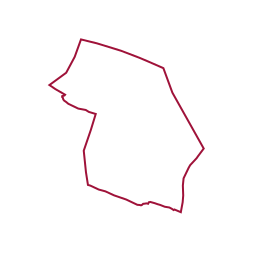 Korle Klottey Municipal, Greater Accra, Ghana (Albers equal-area conic projection), rotated 32°
{"feature_id": "2480657B35357833911053", "entity_name": "Korle Klottey Municipal", "entity_type": "district", "adm_level": 2, "iso_a3": "GHA", "parent_name": "Ghana", "parent_adm1": "Greater Accra", "projection": "albers", "projection_center": [-0.193, 5.56], "detail": "fine", "context": "isolated", "style": "outline", "palette": "rose", "viewbox_px": 256, "rotation_deg": 32, "n_neighbors": 0, "source": "geoboundaries", "source_scale": "gbopen_adm2", "svg_char_len": 914}
<svg xmlns="http://www.w3.org/2000/svg" viewBox="0 0 256 256"><g transform="rotate(32 128 128)"><path d="M146.9,74.5L126.3,58.5L109.3,61.0L100.5,62.4L81.1,66.2L56.7,72.7L41.2,77.8L45.1,95.9L46.3,113.9L38.6,133.2L45.9,133.5L57.0,133.1L56.9,134.0L56.2,134.9L55.3,135.8L55.7,136.6L56.9,137.0L58.0,138.1L59.4,138.6L61.7,138.7L64.6,139.1L75.5,137.9L82.6,135.1L86.3,135.1L93.2,133.2L97.5,149.3L102.5,170.7L115.8,187.8L124.2,197.5L126.6,196.8L135.8,195.7L142.4,193.7L151.9,192.5L164.4,189.6L173.1,188.6L176.6,188.2L178.9,187.0L180.0,186.7L180.7,185.6L181.0,184.3L182.4,183.2L183.5,182.2L184.3,181.9L185.2,181.6L185.0,180.0L186.1,178.9L190.5,177.6L193.6,176.9L196.0,176.2L200.9,175.3L205.2,173.5L208.0,173.3L210.2,173.4L210.6,172.5L217.4,171.4L213.7,162.0L210.6,156.0L205.0,147.7L201.8,141.2L200.5,129.4L200.4,126.5L202.2,117.2L202.3,115.0L203.1,105.3L146.9,74.5Z" fill="none" stroke="#9f1239" stroke-width="2"/></g></svg>